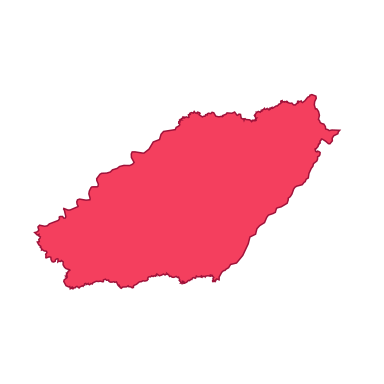 Porto Murtinho, Mato Grosso do Sul, Brazil, rotated 46°
{"feature_id": "56859067B2206660547368", "entity_name": "Porto Murtinho", "entity_type": "district", "adm_level": 2, "iso_a3": "BRA", "parent_name": "Brazil", "parent_adm1": "Mato Grosso do Sul", "projection": "robinson", "projection_center": [-57.425, -21.181], "detail": "fine", "context": "isolated", "style": "filled", "palette": "rose", "viewbox_px": 384, "rotation_deg": 46, "n_neighbors": 0, "source": "geoboundaries", "source_scale": "gbopen_adm2", "svg_char_len": 6030}
<svg xmlns="http://www.w3.org/2000/svg" viewBox="0 0 384 384"><g transform="rotate(46 192 192)"><path d="M250.2,42.9L244.6,48.3L243.1,50.7L241.6,50.9L239.5,52.1L237.6,50.6L234.7,50.0L232.7,51.2L231.1,51.5L228.9,50.6L227.7,50.7L225.4,47.1L222.0,45.1L218.8,44.5L218.0,45.5L214.3,43.5L212.2,41.0L210.9,37.5L209.1,36.3L205.2,38.1L204.3,39.9L204.9,41.1L204.2,42.9L204.8,47.4L204.4,50.4L203.3,50.6L202.3,50.2L202.0,51.4L201.2,52.1L201.4,52.9L200.4,52.5L200.1,53.0L201.4,54.4L201.0,55.3L201.2,57.1L199.8,58.5L197.4,58.4L196.4,59.8L193.5,61.3L193.2,60.6L192.6,60.8L191.8,62.5L191.5,63.0L191.1,62.8L189.8,64.8L188.9,63.7L188.3,64.8L188.8,65.6L189.8,65.6L189.7,67.8L189.2,68.2L189.4,70.8L188.6,71.6L187.7,76.0L187.4,76.3L186.7,75.7L186.3,77.2L185.9,77.5L186.8,78.4L186.4,79.6L185.9,79.6L185.9,78.9L184.5,80.2L184.1,80.0L183.8,81.6L182.9,82.2L182.2,81.8L182.2,84.1L181.7,84.4L182.0,85.0L181.6,85.4L182.3,85.6L181.7,86.9L182.0,87.5L180.1,88.3L179.9,89.5L179.2,90.3L179.8,90.6L180.2,93.7L180.8,93.4L181.3,94.3L182.5,94.3L183.6,95.5L183.9,94.7L184.2,95.9L185.0,96.2L184.5,97.3L185.0,97.6L183.6,97.1L183.2,97.6L183.2,98.7L182.3,98.8L182.8,100.2L180.2,100.3L177.4,102.8L176.1,102.9L175.9,103.5L176.5,104.7L175.2,104.0L174.5,104.9L172.9,105.2L169.9,103.2L168.6,104.1L168.5,106.0L168.0,106.3L164.1,105.8L163.1,108.6L159.4,111.9L159.7,113.5L158.3,116.8L159.0,117.1L158.9,117.8L157.7,118.7L156.6,120.5L154.0,122.2L150.1,121.3L148.6,122.2L148.7,124.0L146.8,125.4L146.4,126.6L147.1,127.5L145.9,128.5L146.5,130.1L145.6,131.0L145.2,132.4L141.3,133.2L141.0,131.6L140.4,131.5L138.7,132.3L139.1,133.1L138.4,133.0L138.3,134.3L137.3,134.7L135.6,134.5L136.1,136.2L134.4,137.3L133.9,139.0L135.0,139.4L134.0,140.9L136.1,142.3L135.8,143.0L133.9,144.0L133.4,146.0L132.6,145.6L131.7,146.5L132.5,147.3L131.9,148.5L132.3,149.6L132.8,149.5L131.9,150.5L131.6,150.4L131.6,150.9L132.3,150.8L132.2,151.3L133.2,151.8L132.3,152.7L133.3,153.8L134.5,153.6L135.2,154.2L135.3,155.9L134.5,158.5L135.5,160.7L128.7,170.4L129.0,174.2L131.7,178.9L129.1,185.1L131.3,193.1L130.7,199.2L130.2,200.1L123.6,205.1L121.6,207.2L122.5,209.3L125.1,211.6L130.5,213.1L130.7,215.5L129.7,218.4L125.5,222.6L123.3,226.5L123.1,229.3L120.8,233.8L120.9,236.8L119.1,240.3L115.8,244.0L115.3,245.9L116.2,251.3L117.6,252.5L121.3,253.9L122.6,255.7L122.5,256.5L118.8,260.4L118.7,261.6L120.0,265.2L121.7,267.5L125.8,269.7L126.7,270.8L124.3,273.9L119.0,277.8L118.1,279.8L119.0,281.7L120.9,283.1L123.1,283.7L123.3,284.2L120.3,292.1L118.8,293.8L114.8,295.6L115.1,296.2L116.5,296.5L121.8,299.7L122.6,300.7L122.6,301.5L121.6,302.4L119.7,302.1L118.0,303.9L117.8,304.9L119.4,306.2L119.5,308.1L115.8,316.8L115.8,319.5L114.4,321.7L110.0,324.7L110.1,327.1L112.7,328.5L113.2,329.2L112.9,331.7L111.9,333.3L115.5,333.2L116.2,331.6L117.0,332.8L118.9,332.2L119.6,333.4L119.7,335.2L121.6,336.3L120.5,338.0L123.7,338.9L126.0,338.5L126.3,339.5L128.2,339.4L129.2,340.5L129.4,339.8L131.8,339.2L133.2,338.0L134.1,338.0L134.9,338.6L135.1,340.5L136.3,341.2L137.7,342.8L138.2,342.5L139.4,339.8L140.9,338.9L142.8,340.4L145.0,341.0L146.3,340.1L146.8,338.4L145.8,337.2L146.3,335.3L147.2,334.9L149.1,337.0L149.2,336.0L150.8,334.7L150.5,333.6L152.8,333.2L154.8,335.3L157.6,336.0L159.7,335.8L163.0,334.0L163.5,334.3L163.0,336.1L163.6,337.6L163.2,338.5L164.0,338.5L164.0,339.5L165.0,339.7L165.2,340.1L164.8,341.0L165.7,340.6L165.6,341.6L166.4,341.1L166.8,341.3L166.4,345.0L167.3,346.4L171.9,347.7L174.5,346.7L175.1,345.6L177.0,346.8L177.1,344.2L178.0,344.1L178.2,345.3L179.0,344.9L178.8,343.8L179.8,342.5L179.6,341.2L180.0,340.3L182.6,339.9L182.5,338.4L183.3,336.1L184.2,335.9L183.9,334.8L184.4,333.7L183.5,333.0L183.6,332.5L184.0,331.9L185.3,332.0L185.7,330.3L186.3,330.6L187.6,330.1L187.6,328.3L188.9,327.7L188.5,326.3L189.7,322.9L191.6,321.3L192.3,320.0L194.7,318.5L194.9,318.0L193.7,316.8L194.6,314.8L196.1,314.8L197.4,313.2L198.5,313.8L200.0,313.4L201.3,312.1L202.3,310.4L203.3,310.3L204.2,308.8L207.3,309.9L208.3,310.0L208.1,309.4L208.6,309.1L210.0,310.0L210.8,309.5L211.2,310.0L212.1,309.8L212.3,307.8L214.8,304.9L215.1,303.1L216.2,303.3L217.7,301.9L218.6,301.9L219.6,301.3L219.4,300.7L219.9,300.4L218.9,299.2L218.9,298.5L219.8,296.1L220.1,292.2L221.3,290.8L221.8,288.9L223.3,287.8L224.4,285.9L224.2,284.1L223.3,283.8L222.9,282.8L223.2,281.6L224.2,280.9L224.3,279.3L225.1,279.2L225.4,278.3L226.0,278.3L226.2,277.2L227.2,276.7L226.8,276.0L227.3,275.6L226.8,275.5L226.5,274.2L229.6,273.7L230.7,271.5L231.1,269.6L233.0,269.0L232.9,268.1L234.2,266.9L233.6,266.6L235.7,266.4L237.2,266.8L237.9,265.6L239.5,265.5L240.8,264.3L241.7,262.0L243.4,261.8L243.9,260.8L246.7,261.9L246.8,262.6L249.4,262.6L249.6,263.4L250.2,262.6L251.0,262.8L250.7,261.5L249.6,260.8L250.6,260.2L251.6,260.3L252.1,261.2L252.4,260.8L253.2,258.4L253.1,256.0L254.1,255.3L254.0,253.7L254.8,252.9L254.2,251.4L254.9,250.1L256.3,249.6L256.4,249.0L255.5,247.3L256.9,246.9L258.5,245.0L259.7,244.4L258.8,244.0L258.9,243.3L260.4,243.3L260.8,242.1L261.8,241.4L262.3,241.5L262.1,240.4L263.3,238.7L264.7,237.7L264.4,236.5L265.9,235.5L266.0,236.2L266.3,235.7L268.6,235.7L268.8,237.0L270.1,237.6L269.8,237.9L270.2,239.0L270.9,239.3L271.8,238.1L271.2,237.8L272.5,237.6L272.2,236.3L271.7,236.3L271.8,234.6L274.0,233.5L272.0,231.5L270.4,226.4L270.5,223.9L271.3,222.8L271.2,221.0L271.9,218.3L270.9,214.6L274.0,209.3L272.9,199.6L268.3,187.5L264.6,181.6L266.5,175.6L263.5,170.8L263.2,166.7L264.4,161.1L262.2,156.0L261.7,153.1L263.8,148.6L264.5,146.2L262.6,142.9L262.6,141.7L264.6,138.2L266.2,131.4L264.6,128.4L263.3,127.0L263.6,124.6L262.9,121.6L260.5,116.8L260.1,114.8L260.5,112.7L263.3,107.7L262.9,104.5L263.2,103.4L262.1,101.0L262.7,98.6L259.9,95.0L257.8,89.7L257.5,87.3L256.0,84.9L256.4,80.7L255.6,78.9L253.9,77.1L254.4,75.6L254.1,74.2L252.6,72.4L250.9,72.7L249.7,73.4L250.0,74.3L248.7,74.8L246.9,73.9L246.5,73.3L247.1,72.9L246.8,69.7L245.6,67.9L246.0,67.7L245.5,66.4L245.8,65.8L244.3,64.6L244.4,63.4L243.8,62.1L244.6,61.5L248.3,60.6L252.0,60.3L253.1,59.3L252.7,55.5L250.7,53.8L250.0,51.0L251.4,46.6L250.4,45.0L250.2,42.9Z" fill="#f43f5e" stroke="#9f1239" stroke-width="1.5"/></g></svg>